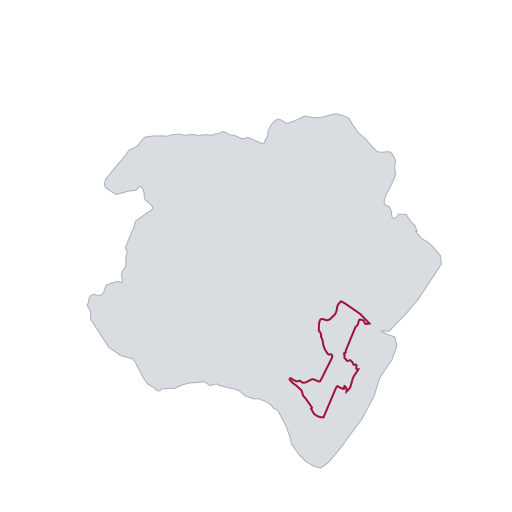 location of Para within Suriname, rotated 117°
{"feature_id": "SUR-68", "entity_name": "Para", "entity_type": "District", "adm_level": 1, "iso_a3": "SUR", "parent_name": "Suriname", "parent_adm1": "", "projection": "mercator", "projection_center": [-55.311, 5.329], "detail": "fine", "context": "in_parent", "style": "outline", "palette": "rose", "viewbox_px": 512, "rotation_deg": 117, "n_neighbors": 0, "source": "natural_earth", "source_scale": "10m", "svg_char_len": 4603}
<svg xmlns="http://www.w3.org/2000/svg" viewBox="0 0 512 512"><g transform="rotate(117 256 256)"><path d="M407.4,138.9L400.6,144.7L393.2,152.9L383.4,167.0L383.8,171.5L381.7,175.1L381.2,181.5L381.9,188.6L384.4,193.2L385.5,202.1L383.6,210.1L384.3,214.7L386.3,222.1L387.9,229.9L387.8,233.1L390.1,235.6L392.3,238.1L391.6,245.1L399.4,257.6L404.1,263.0L410.9,268.3L413.4,273.4L417.3,279.7L419.6,280.4L420.9,282.9L419.6,287.7L419.3,294.4L415.0,302.1L404.8,316.3L403.6,319.6L406.2,331.3L404.8,341.0L404.2,345.6L399.3,354.1L387.5,374.6L380.7,378.2L376.6,384.2L374.0,384.2L371.0,384.8L370.1,385.5L366.4,385.4L363.5,382.8L363.1,379.7L361.5,376.2L357.9,375.1L351.0,376.3L349.0,375.5L344.9,371.6L341.5,367.5L340.7,363.5L338.5,363.9L333.3,367.5L329.7,368.2L326.9,367.3L323.7,367.6L315.8,371.5L311.0,372.3L307.7,376.3L285.5,378.0L279.7,379.1L266.4,372.3L263.0,370.1L261.3,369.8L259.8,370.1L258.4,371.6L256.2,380.1L254.2,382.4L250.7,384.3L247.3,387.7L246.7,391.0L251.9,392.8L256.2,399.2L260.9,404.3L264.7,408.8L264.2,413.9L263.5,421.2L260.8,423.6L256.2,424.8L239.4,421.3L226.5,418.2L221.1,417.5L218.7,416.7L215.4,414.1L212.2,411.6L206.9,410.7L200.7,409.1L196.1,402.7L191.3,393.6L189.6,389.5L185.9,385.6L182.2,379.9L181.1,374.9L178.4,370.4L176.9,368.8L174.8,362.6L174.3,360.3L173.3,360.0L171.8,358.0L168.8,351.3L168.2,349.6L166.9,349.0L163.4,344.4L160.7,342.7L159.7,340.3L159.9,333.8L158.4,330.6L158.0,324.4L157.9,322.0L156.5,319.3L154.1,317.5L153.7,313.0L153.2,302.1L152.1,300.2L142.2,300.3L141.2,301.4L136.9,302.0L132.1,302.1L127.8,300.7L124.2,298.8L123.5,296.4L124.0,288.8L118.2,283.0L109.1,275.9L106.4,266.8L103.0,261.2L92.9,249.4L91.2,241.3L91.1,235.5L94.7,230.3L99.6,221.1L101.7,212.7L103.2,208.3L105.7,202.6L108.1,195.2L106.3,190.6L103.3,186.1L102.3,182.8L105.2,177.9L108.1,174.4L111.5,173.9L115.7,171.8L119.0,168.9L124.0,168.1L130.4,167.8L143.3,167.8L149.8,166.5L151.9,164.1L151.6,159.5L154.8,155.4L158.3,153.6L159.7,152.2L159.9,150.7L159.0,149.3L157.6,148.4L154.0,148.0L150.8,140.8L153.0,137.7L155.8,131.9L156.6,128.6L160.9,123.5L161.9,125.0L165.3,115.7L165.7,108.1L168.2,100.5L172.1,91.6L179.1,87.2L220.0,91.7L238.7,96.0L262.7,103.3L266.1,111.2L266.3,103.3L265.1,95.4L271.8,89.8L286.4,87.8L308.2,90.5L326.9,87.2L352.5,87.6L391.2,94.0L408.5,98.3L415.7,102.3L417.1,109.4L416.4,118.5L413.6,127.2L407.4,138.9Z" fill="#d9dde1" stroke="#a8b0b8" stroke-width="1"/><path d="M335.8,113.8L332.9,115.2L331.9,117.0L331.7,117.9L331.7,118.0L332.1,117.9L332.9,118.0L333.1,117.9L333.5,117.6L334.0,117.4L334.5,117.4L334.6,117.7L334.5,118.1L334.5,118.4L334.8,118.6L335.1,118.9L335.1,119.7L335.0,124.3L336.5,124.8L338.1,124.8L369.1,122.6L370.4,125.5L370.8,128.3L370.7,130.0L370.6,131.1L370.4,132.1L370.1,133.0L369.6,133.8L367.0,137.6L365.8,137.2L365.0,138.4L360.2,147.6L359.2,150.3L358.7,151.0L355.9,153.5L355.3,154.3L354.9,154.9L353.2,161.1L352.4,165.8L351.0,169.7L350.4,170.2L349.8,170.2L349.3,169.8L349.1,169.2L349.1,168.5L349.4,167.2L349.4,164.0L349.3,163.1L349.0,162.4L348.4,161.6L347.7,161.1L347.3,160.3L347.3,159.6L347.7,157.9L347.6,157.0L347.3,156.1L346.8,155.3L346.2,154.5L345.4,153.8L341.2,150.8L340.4,150.1L339.9,149.3L339.7,148.4L339.4,143.5L339.1,142.7L338.5,142.1L336.9,141.9L312.6,142.1L310.5,142.5L309.7,143.7L309.6,144.5L309.9,145.2L310.3,145.7L310.7,146.2L310.8,146.7L310.7,147.2L310.5,148.0L307.6,152.7L304.9,155.5L300.9,158.4L298.1,161.6L297.5,162.0L296.6,162.1L296.2,162.4L295.5,163.4L295.2,163.9L294.8,164.2L294.6,164.7L294.4,165.7L294.0,166.1L293.6,166.4L292.7,166.7L292.3,166.9L291.5,167.3L290.0,168.1L287.6,169.2L284.1,169.9L283.1,169.6L282.3,168.9L281.7,167.1L281.5,165.9L281.4,164.8L281.2,164.0L280.7,163.1L279.7,162.1L278.8,161.5L277.8,161.0L272.7,159.3L271.0,159.1L269.3,159.2L267.4,159.6L263.5,160.8L262.6,160.8L261.8,160.8L257.9,159.8L257.8,158.3L257.8,155.6L260.3,137.1L264.6,124.2L265.6,125.4L266.0,126.4L266.8,127.3L266.7,128.1L266.2,128.9L265.4,129.7L264.8,131.1L264.8,132.2L265.2,133.2L265.3,134.5L265.9,135.0L266.6,135.1L270.3,134.2L271.3,134.2L274.5,135.1L299.1,133.1L300.1,132.9L300.6,132.5L301.3,132.3L301.8,132.6L302.2,133.0L302.8,133.4L303.2,133.2L303.5,132.8L303.7,132.3L304.1,131.9L304.8,131.9L306.0,131.3L306.6,130.9L306.9,130.5L307.0,129.5L307.2,129.0L307.6,128.5L307.9,127.9L308.1,127.3L308.0,126.8L307.6,126.3L306.4,125.3L306.1,124.8L306.1,124.2L306.6,123.2L306.8,122.0L307.1,121.4L307.7,120.8L308.2,120.3L308.5,119.7L308.4,119.1L308.1,118.6L307.6,118.1L307.3,117.6L307.5,117.1L308.5,116.4L309.8,116.1L310.6,115.7L311.0,115.3L311.0,114.7L310.8,114.2L310.4,113.3L318.2,114.2L321.0,114.2L329.6,112.5L331.7,112.6L335.8,113.8Z" fill="none" stroke="#9f1239" stroke-width="2"/></g></svg>